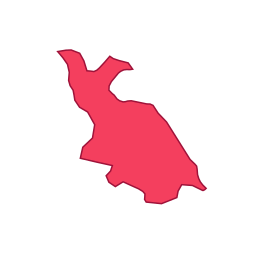 map outline of Barahona (Robinson projection), rotated 296°
{"feature_id": "DOM-1970", "entity_name": "Barahona", "entity_type": "Province", "adm_level": 1, "iso_a3": "DOM", "parent_name": "Dominican Republic", "parent_adm1": "", "projection": "robinson", "projection_center": [-71.169, 18.186], "detail": "fine", "context": "isolated", "style": "filled", "palette": "rose", "viewbox_px": 256, "rotation_deg": 296, "n_neighbors": 0, "source": "natural_earth", "source_scale": "10m", "svg_char_len": 1137}
<svg xmlns="http://www.w3.org/2000/svg" viewBox="0 0 256 256"><g transform="rotate(296 128 128)"><path d="M182.9,106.4L181.3,104.1L180.0,101.2L178.4,98.7L175.8,96.6L173.2,95.3L162.4,92.7L157.5,92.6L153.6,94.3L152.0,98.7L151.5,101.1L149.3,105.3L148.8,108.4L149.3,112.1L150.5,114.1L152.1,115.9L153.9,119.0L157.9,134.5L159.2,137.2L159.3,140.6L154.5,148.6L150.3,160.0L126.9,197.6L124.8,204.1L123.8,206.4L121.4,208.1L116.5,211.0L113.5,213.8L111.3,216.6L109.6,220.0L108.0,224.7L106.2,224.0L105.5,223.5L104.8,222.9L104.7,222.8L104.6,222.1L104.6,211.1L100.6,201.1L93.2,200.7L86.9,202.4L74.7,191.3L69.4,176.8L71.1,174.2L73.7,173.2L76.2,172.1L77.5,169.1L78.0,164.0L77.8,158.8L77.5,147.2L69.8,142.3L70.9,134.6L75.5,129.3L81.7,131.2L87.4,130.4L83.6,114.7L79.9,98.4L90.9,95.8L103.4,100.5L116.4,96.6L124.7,84.7L125.4,75.4L129.7,68.0L133.9,65.1L137.9,62.1L140.7,57.4L144.7,53.8L152.3,50.8L158.7,45.7L162.6,38.7L165.9,31.3L170.7,38.1L173.2,42.7L174.0,51.8L169.0,58.9L161.4,66.0L162.7,69.3L163.8,72.6L166.2,74.6L169.3,75.9L177.3,78.3L184.5,80.2L183.9,84.3L184.7,90.4L186.6,99.6L182.9,106.4Z" fill="#f43f5e" stroke="#9f1239" stroke-width="1.5"/></g></svg>